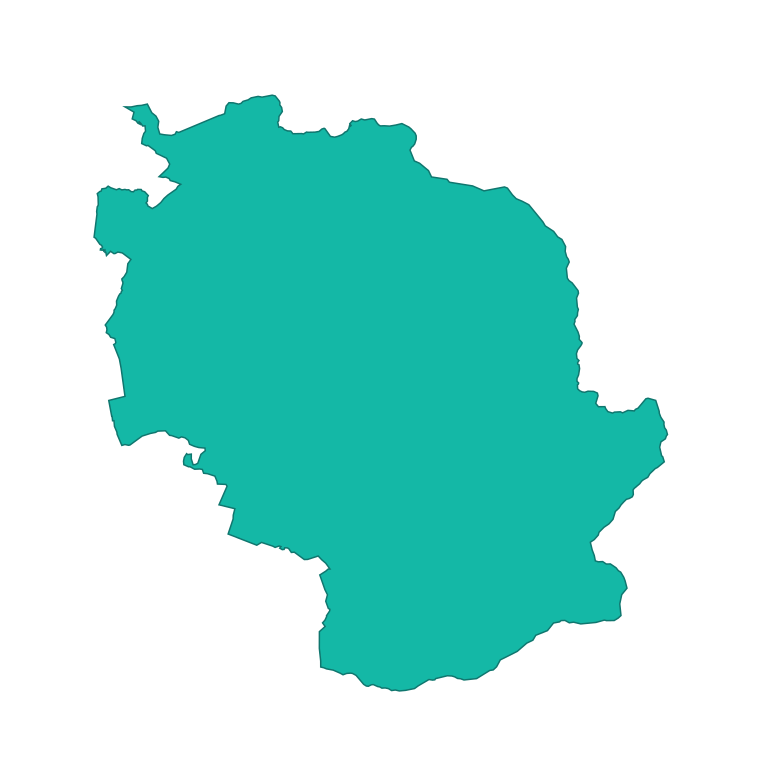 outline of Curtea De Arges, Arges, Romania, rotated 263°
{"feature_id": "2599482B76478709912239", "entity_name": "Curtea De Arges", "entity_type": "district", "adm_level": 2, "iso_a3": "ROU", "parent_name": "Romania", "parent_adm1": "Arges", "projection": "orthographic", "projection_center": [24.678, 45.135], "detail": "fine", "context": "isolated", "style": "filled", "palette": "teal", "viewbox_px": 768, "rotation_deg": 263, "n_neighbors": 0, "source": "geoboundaries", "source_scale": "gbopen_adm2", "svg_char_len": 6127}
<svg xmlns="http://www.w3.org/2000/svg" viewBox="0 0 768 768"><g transform="rotate(263 384 384)"><path d="M563.4,530.4L564.9,527.6L563.5,506.8L569.8,496.1L576.3,473.5L579.5,471.5L583.7,456.4L590.3,454.2L598.8,446.2L601.7,441.3L613.0,438.3L615.6,440.1L616.5,441.7L618.5,443.7L623.0,445.8L626.4,446.2L629.2,445.4L634.1,441.8L636.0,440.0L640.3,433.5L639.6,427.4L639.3,421.0L640.3,415.5L640.6,411.8L641.9,410.2L643.8,408.9L648.1,406.8L648.9,404.2L648.4,397.1L649.8,393.7L648.1,389.8L648.0,387.4L649.1,384.9L646.6,381.8L644.5,382.8L643.9,381.9L644.7,381.3L641.6,380.1L639.3,377.9L638.8,376.0L637.4,374.2L636.5,372.5L635.4,368.1L635.0,365.1L636.3,361.0L644.6,356.5L645.1,355.7L644.6,353.3L642.6,350.4L642.4,346.1L643.1,339.2L643.5,337.8L642.0,334.6L642.6,332.8L643.5,324.1L646.4,322.3L647.0,319.0L648.7,316.0L650.7,314.6L651.9,312.5L651.7,310.9L656.9,310.4L658.1,311.6L662.4,312.4L666.8,316.3L670.9,316.1L673.7,314.6L676.1,315.0L677.5,314.6L683.2,311.1L684.3,308.2L683.6,297.9L684.8,294.1L684.2,287.0L682.6,283.8L681.7,278.5L680.0,276.4L679.5,273.8L681.4,268.8L682.1,264.4L679.1,261.2L671.7,258.8L670.6,254.4L670.6,253.1L658.7,211.0L659.7,208.7L657.4,207.1L656.6,203.4L658.1,196.5L659.5,191.9L666.4,190.8L672.2,192.4L677.7,190.3L681.5,186.6L690.7,183.2L690.1,177.3L690.3,173.1L689.8,166.8L690.6,160.7L684.3,169.0L677.8,166.4L675.5,170.0L672.9,171.5L671.7,173.3L674.6,172.6L672.2,174.5L669.5,175.9L669.3,178.3L663.9,178.1L662.0,176.2L657.3,174.0L652.2,172.8L649.4,177.2L649.5,178.9L643.4,185.4L640.7,186.1L634.6,195.7L628.4,198.1L624.6,195.9L617.2,186.0L616.0,189.8L616.0,192.6L614.1,195.8L612.0,196.6L610.1,201.2L607.0,206.6L605.3,203.5L602.7,201.5L597.9,192.5L594.9,188.2L591.3,184.6L588.2,179.8L586.4,175.4L589.4,171.4L591.2,171.0L592.7,169.9L594.4,171.5L598.0,171.9L599.7,173.0L604.0,169.9L605.2,167.3L606.6,166.8L607.2,163.2L606.6,162.2L606.8,160.5L605.3,158.7L605.8,156.4L607.9,154.3L608.0,152.3L608.7,150.6L608.6,147.5L610.2,145.0L609.4,142.1L612.1,136.7L614.0,134.3L612.2,131.7L612.1,127.8L609.9,126.7L609.7,125.4L607.9,122.6L604.7,123.0L597.3,122.3L596.0,122.0L594.9,121.0L590.2,119.8L587.6,119.8L565.0,114.1L563.9,115.5L557.3,119.0L556.1,120.5L554.2,121.3L553.1,120.6L552.9,119.2L551.6,118.8L551.1,120.8L551.5,122.1L550.2,122.1L550.9,123.3L548.7,123.1L548.7,123.9L545.3,124.2L549.0,128.8L546.3,131.8L546.3,133.1L547.4,135.9L546.0,140.2L538.5,148.0L534.6,144.4L526.3,142.3L522.3,139.2L520.2,136.6L518.3,136.7L517.4,137.2L515.6,137.1L510.7,134.9L508.8,135.7L508.0,134.7L506.2,134.0L505.7,132.9L503.7,131.3L498.9,128.6L494.8,128.3L491.4,126.3L490.2,125.1L488.2,124.8L486.1,123.6L476.5,114.5L474.2,115.6L471.5,115.6L468.8,114.6L466.7,117.0L463.7,118.4L461.9,122.4L458.0,122.9L456.8,122.2L456.1,120.5L441.1,124.4L431.5,125.0L403.3,125.4L401.2,108.8L385.1,109.8L385.1,110.1L384.6,110.2L380.6,110.1L380.5,111.5L374.8,111.3L368.9,113.0L366.5,113.0L355.0,116.3L355.5,119.5L354.3,123.0L354.4,124.4L361.8,137.6L363.4,146.2L363.8,151.4L364.8,153.7L364.2,161.4L359.2,164.9L358.7,166.9L355.3,173.8L356.2,176.6L354.8,180.0L351.9,182.9L347.9,183.7L345.3,188.1L343.5,192.4L342.2,198.5L339.6,198.5L336.5,193.7L328.0,189.5L327.1,187.2L327.1,184.7L333.2,183.6L337.9,184.2L337.9,180.5L338.9,179.6L335.5,176.8L331.8,175.6L328.3,175.5L325.7,179.8L325.5,181.4L322.5,185.6L322.1,190.8L321.3,193.3L317.4,194.1L316.5,197.9L313.2,204.9L307.8,206.4L305.0,206.5L303.6,214.9L301.7,215.8L284.2,205.5L278.4,220.8L272.2,218.4L268.4,217.8L254.1,211.0L239.5,238.1L241.7,243.1L236.6,253.9L235.1,256.0L236.0,260.1L235.2,261.9L233.8,260.5L232.0,262.8L232.0,264.7L233.5,265.5L233.2,267.9L232.2,269.4L228.1,271.5L228.0,274.5L219.5,283.5L219.2,286.9L221.3,297.7L217.1,300.8L213.3,304.3L207.0,307.8L207.1,306.0L205.3,303.3L202.3,297.0L187.1,300.3L181.7,302.2L175.5,299.7L168.0,301.4L167.0,302.8L165.5,302.5L161.0,298.7L160.1,298.7L156.8,296.6L154.4,293.9L150.5,296.0L146.1,289.7L129.4,287.6L116.7,287.4L110.8,286.7L109.6,289.9L108.3,292.1L106.2,298.7L102.3,305.3L100.4,307.9L101.3,311.7L101.1,315.5L100.6,317.4L98.2,320.8L88.4,327.2L86.4,329.6L85.9,331.6L87.0,334.8L87.0,336.7L84.4,341.0L83.9,342.8L82.4,344.8L82.2,348.1L81.1,351.3L78.8,354.2L78.9,357.9L77.5,361.8L77.3,368.0L78.0,377.2L80.3,381.3L85.2,392.6L84.2,396.1L84.2,398.4L85.3,399.3L86.7,411.3L85.9,415.8L84.7,418.5L82.8,421.1L82.1,424.1L80.5,427.3L80.3,440.0L86.8,454.1L86.9,457.6L89.6,461.3L96.0,465.8L102.4,483.7L109.4,494.1L111.6,500.6L116.1,504.0L119.3,516.2L126.1,523.1L126.5,529.3L127.6,530.8L127.3,534.8L124.4,538.8L124.5,543.1L121.9,550.1L121.5,565.3L122.8,573.9L122.0,576.2L121.2,583.7L123.1,587.9L125.3,591.0L137.0,591.2L146.0,594.3L151.7,600.3L159.3,599.3L163.0,598.4L168.4,596.0L170.2,593.8L173.2,592.0L177.8,586.8L178.2,582.7L181.1,579.4L181.4,575.0L182.7,572.2L188.2,571.8L194.0,570.4L201.8,569.5L204.0,573.8L208.0,578.3L210.6,579.3L215.0,584.9L217.8,590.3L221.8,594.8L229.3,598.1L232.2,602.1L235.1,604.5L237.6,607.4L240.0,610.5L240.5,613.6L241.8,616.7L243.9,618.0L248.4,618.3L249.8,619.5L253.8,625.6L256.2,627.9L257.4,629.9L259.3,634.5L262.6,637.0L267.0,642.9L267.8,645.2L272.6,652.7L277.8,651.8L279.0,650.8L287.7,649.9L292.8,651.8L295.3,656.6L298.0,657.9L299.3,659.2L303.8,658.6L306.3,657.2L309.7,656.9L312.1,657.3L317.3,654.7L321.4,653.7L323.5,653.8L334.6,651.7L337.7,644.3L337.4,642.1L329.0,633.1L328.2,630.5L326.8,629.1L328.1,622.9L326.3,617.3L327.6,615.2L328.0,609.3L327.3,607.3L329.3,602.8L332.6,601.0L334.6,600.5L335.3,594.1L339.0,591.8L346.2,595.0L349.0,594.7L351.1,591.2L352.0,585.5L351.3,582.3L352.0,579.7L353.5,577.4L355.6,575.6L359.6,575.9L360.2,576.9L361.3,577.3L363.1,575.9L365.8,576.2L369.2,578.2L375.4,580.0L379.3,579.9L380.1,578.7L381.6,578.8L383.5,580.4L385.8,578.6L390.7,578.7L394.3,580.4L397.9,583.9L399.9,585.4L401.0,585.6L404.5,583.2L407.6,583.7L412.0,582.9L420.3,579.9L422.8,581.2L424.7,581.2L428.3,584.3L431.2,584.8L434.4,586.0L436.8,585.3L445.9,585.6L450.4,588.1L453.0,588.0L461.4,583.1L464.1,580.2L466.7,578.9L476.7,579.1L482.5,582.7L485.4,582.1L488.0,580.8L493.6,580.0L498.3,581.0L505.8,578.2L508.9,574.3L514.8,571.0L521.3,563.3L525.5,561.5L544.3,549.6L548.5,543.5L551.8,537.8L556.1,534.5L563.4,530.4Z" fill="#14b8a6" stroke="#0f766e" stroke-width="1.5"/></g></svg>